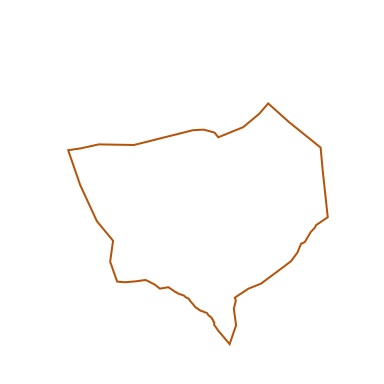 Bulgan, Ömnögovi, Mongolia (Robinson projection), rotated 308°
{"feature_id": "93677404B9137444234021", "entity_name": "Bulgan", "entity_type": "district", "adm_level": 2, "iso_a3": "MNG", "parent_name": "Mongolia", "parent_adm1": "Ömnögovi", "projection": "robinson", "projection_center": [103.141, 44.294], "detail": "fine", "context": "isolated", "style": "outline", "palette": "amber", "viewbox_px": 384, "rotation_deg": 308, "n_neighbors": 0, "source": "geoboundaries", "source_scale": "gbopen_adm2", "svg_char_len": 1867}
<svg xmlns="http://www.w3.org/2000/svg" viewBox="0 0 384 384"><g transform="rotate(308 192 192)"><path d="M255.7,314.5L290.3,280.9L306.2,266.0L306.8,225.1L308.7,197.5L294.9,196.8L274.6,192.4L251.3,179.0L252.7,173.2L248.4,162.9L241.3,154.7L193.3,117.3L172.1,89.2L157.5,77.1L148.7,68.7L128.7,99.5L110.5,134.9L108.5,143.7L105.0,159.8L86.7,170.4L75.3,188.2L79.6,194.7L86.8,202.5L94.0,209.5L94.2,210.1L94.7,212.2L96.1,219.7L96.1,226.2L102.4,232.0L102.5,233.0L102.7,235.6L102.9,237.9L102.9,240.4L103.4,241.5L103.4,242.0L103.3,243.0L103.5,243.5L103.6,244.1L103.7,244.6L103.9,245.1L104.1,245.6L104.4,246.0L104.5,246.5L104.6,247.2L104.7,247.7L104.9,248.0L105.1,248.6L105.3,248.8L105.4,249.2L105.4,249.6L105.4,250.0L105.4,250.4L105.3,250.7L105.3,251.1L105.2,251.7L105.2,252.1L105.2,252.4L105.3,252.7L105.5,253.2L105.6,253.7L105.8,254.3L105.7,254.8L105.7,255.1L105.7,255.4L105.8,255.7L105.6,256.1L105.1,257.2L104.8,259.0L104.7,259.5L104.4,260.4L104.3,260.8L104.2,262.3L104.0,262.9L103.8,263.4L103.7,264.1L103.6,264.5L103.5,265.1L103.4,265.7L103.3,266.1L103.5,267.6L103.5,268.3L103.6,268.8L103.5,269.3L103.5,269.7L103.5,269.9L103.7,270.3L103.7,270.8L103.6,271.1L103.6,271.7L103.9,272.1L104.1,272.6L104.2,273.2L104.6,273.9L104.7,274.3L104.8,274.7L104.9,275.5L104.9,275.9L105.1,276.2L105.4,276.9L105.8,277.9L105.8,278.5L105.7,278.8L105.6,279.2L105.3,279.8L105.2,280.0L105.0,280.7L105.0,281.8L105.1,282.7L105.1,283.1L105.0,283.4L104.9,283.8L104.9,284.3L104.9,284.9L104.9,285.1L104.6,285.7L104.3,286.1L104.2,286.4L104.2,286.7L104.1,287.2L103.7,288.0L103.1,288.5L103.0,289.8L101.0,291.2L98.9,298.0L95.3,315.3L110.5,310.0L114.0,308.9L125.8,296.8L131.5,294.3L133.6,293.2L135.1,290.8L150.6,296.0L162.3,302.8L193.0,311.2L198.4,312.6L209.0,312.4L218.4,309.8L221.9,311.7L229.9,310.7L233.5,310.2L240.0,310.8L242.1,310.1L255.7,314.5Z" fill="none" stroke="#b45309" stroke-width="2"/></g></svg>